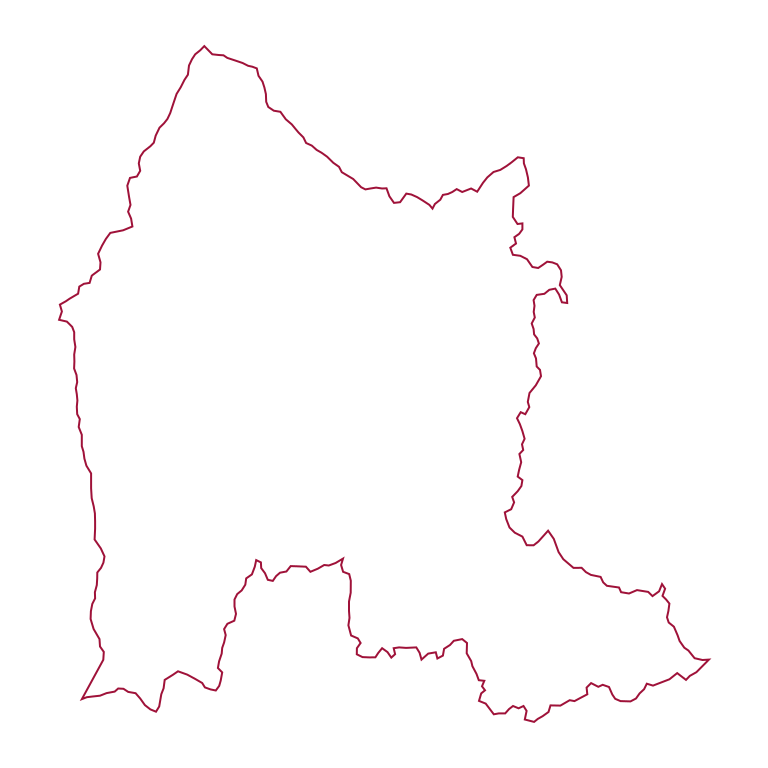 outline of São José dos Pinhais, Paraná, Brazil
{"feature_id": "56859067B24431474585415", "entity_name": "São José dos Pinhais", "entity_type": "district", "adm_level": 2, "iso_a3": "BRA", "parent_name": "Brazil", "parent_adm1": "Paraná", "projection": "natural_earth1", "projection_center": [-49.071, -25.647], "detail": "fine", "context": "isolated", "style": "outline", "palette": "rose", "viewbox_px": 768, "rotation_deg": 0, "n_neighbors": 0, "source": "geoboundaries", "source_scale": "gbopen_adm2", "svg_char_len": 5137}
<svg xmlns="http://www.w3.org/2000/svg" viewBox="0 0 768 768"><path d="M59.1,319.8L66.9,321.6L72.2,326.9L74.2,332.2L74.2,339.3L75.4,347.0L74.2,354.5L74.4,361.4L74.1,368.5L76.5,375.0L77.2,382.1L75.8,388.2L76.8,394.2L77.4,400.5L76.8,406.7L77.2,414.2L79.8,419.1L78.7,427.0L81.8,434.8L81.8,446.2L83.5,451.8L84.4,458.6L86.4,465.7L91.1,473.4L91.1,488.3L91.7,498.2L93.7,506.3L94.9,513.4L95.1,521.4L95.1,528.7L94.6,539.5L100.8,548.4L104.5,556.4L103.4,562.7L101.0,567.9L97.3,572.5L97.2,578.4L96.8,585.1L94.9,592.2L95.1,598.4L92.3,603.9L90.9,611.2L90.6,619.0L93.6,629.0L99.5,639.1L100.0,646.5L103.8,651.9L103.3,659.8L81.9,699.1L86.8,697.2L92.6,696.5L100.0,695.7L106.6,693.1L114.7,691.6L118.2,688.5L123.5,688.8L128.2,691.9L135.6,693.2L140.2,698.5L144.9,705.1L150.4,709.4L156.0,711.7L159.2,706.5L161.3,694.2L163.6,688.3L164.7,679.9L172.9,674.8L178.0,671.3L187.2,674.6L195.3,679.0L202.2,683.0L204.9,687.4L210.5,689.4L215.8,690.5L219.2,685.9L220.7,680.6L222.2,672.4L217.9,668.0L219.1,661.3L221.7,653.6L222.2,647.9L224.1,642.5L225.7,635.1L224.1,629.1L227.4,623.8L234.3,620.7L236.0,613.9L234.5,606.5L234.5,599.5L237.2,594.1L241.7,590.4L245.3,584.7L246.2,578.4L251.9,574.4L254.8,566.7L256.2,560.1L260.9,562.4L261.2,568.1L265.0,573.2L267.8,579.8L272.8,580.9L276.1,576.1L280.0,572.7L286.4,571.5L290.7,566.1L297.1,566.3L305.9,566.7L310.4,571.8L317.8,568.7L324.2,565.0L328.8,565.5L335.6,563.0L343.0,558.6L341.1,565.0L343.1,571.8L349.2,574.1L350.8,580.7L350.7,592.7L349.0,601.5L349.0,611.0L349.5,617.9L348.4,625.3L351.1,635.5L357.8,638.4L360.6,643.0L356.9,648.2L356.8,654.3L362.5,657.1L369.4,657.4L375.4,657.3L378.2,653.0L382.1,648.2L387.5,652.1L391.3,657.6L395.1,654.2L393.7,648.2L399.1,647.4L406.1,647.9L416.3,647.4L419.6,652.8L421.5,659.6L428.2,653.6L435.8,652.3L437.4,658.5L442.9,655.6L444.1,648.8L450.0,645.0L453.8,640.8L462.2,639.1L467.0,643.0L466.7,653.3L471.2,661.1L472.4,666.2L476.5,673.9L478.8,680.2L484.3,680.8L482.0,686.3L485.0,690.3L481.2,693.4L479.0,700.9L485.7,703.6L493.8,714.3L498.8,713.4L505.2,713.4L509.0,709.1L513.0,706.0L518.6,708.3L523.5,706.0L526.6,710.9L524.8,719.5L534.1,721.9L537.8,718.9L542.6,716.2L548.5,712.0L550.5,705.4L560.4,705.6L569.7,700.2L574.5,701.1L579.9,698.2L587.3,694.3L586.6,687.6L591.1,683.1L598.3,686.8L602.7,684.8L609.0,687.0L612.3,694.5L615.2,698.8L620.5,701.1L630.5,701.4L636.0,698.5L639.6,693.4L644.1,689.2L646.8,683.7L653.0,685.6L669.4,679.3L677.2,673.1L686.0,679.9L689.8,675.9L696.4,672.2L708.9,659.6L702.5,660.0L694.6,658.2L688.4,650.5L684.3,647.7L679.6,641.0L677.6,635.3L673.9,626.7L668.7,622.5L667.0,617.3L668.4,611.0L669.4,603.6L666.1,599.5L662.5,595.9L665.1,588.7L662.0,584.1L659.1,591.3L652.5,596.1L648.2,591.9L637.0,590.1L629.0,593.5L621.1,592.2L619.0,587.5L606.9,585.8L603.2,582.4L600.6,576.9L590.9,574.9L585.9,572.1L581.6,567.8L573.5,567.9L563.3,559.2L558.6,552.1L553.8,538.9L548.1,530.7L538.4,541.5L533.6,545.3L526.7,545.2L522.4,536.6L514.8,532.7L509.5,527.5L506.2,519.0L504.8,512.4L511.2,509.2L514.1,502.4L512.2,496.9L517.7,491.2L521.4,486.0L522.4,480.1L517.7,476.6L519.1,469.9L521.2,462.2L519.4,454.0L523.2,450.0L522.0,444.3L524.6,438.8L522.4,431.1L519.9,424.2L517.0,418.2L520.7,412.2L525.3,414.2L529.3,407.1L527.8,401.9L529.5,393.0L535.8,385.3L541.0,376.2L540.0,369.9L536.7,366.5L536.0,358.4L533.9,353.3L535.8,348.2L538.9,343.5L537.2,338.4L534.1,334.4L533.6,329.0L531.7,323.5L534.8,317.5L533.7,311.9L534.5,305.8L533.6,300.1L536.7,294.9L544.4,293.8L549.3,289.8L555.3,288.6L559.1,294.6L561.9,302.3L567.2,303.0L566.7,295.3L559.8,285.1L561.7,276.9L561.0,270.3L557.2,264.3L552.3,262.4L547.2,261.7L543.2,264.6L538.2,268.0L532.4,267.0L527.0,259.2L520.3,255.8L512.9,254.8L510.3,247.7L516.0,243.5L514.4,237.2L519.2,233.8L522.4,229.4L522.4,223.4L517.5,224.0L512.8,216.9L513.1,208.6L513.6,197.1L520.3,193.2L528.9,185.6L527.9,177.4L526.0,169.3L523.9,163.4L523.7,158.2L517.8,157.3L511.5,162.4L506.6,166.0L500.3,169.9L493.5,172.0L487.3,177.4L483.0,182.8L477.2,191.7L471.1,188.5L462.2,192.0L456.7,189.1L452.3,192.0L447.9,194.0L442.9,194.9L440.3,199.7L434.9,204.0L432.5,208.6L429.4,204.9L422.7,200.5L417.1,197.1L411.3,194.5L406.3,193.6L400.1,202.2L394.0,202.9L389.4,196.3L386.5,188.3L382.1,188.5L376.1,187.6L370.4,188.5L365.4,189.4L361.1,187.2L353.2,179.0L341.8,172.2L339.0,166.8L333.3,162.8L327.1,156.7L321.5,152.7L316.6,149.9L311.8,145.6L306.1,143.0L303.4,137.4L298.5,132.5L295.4,128.8L291.8,124.4L285.8,119.3L280.4,111.8L273.8,110.7L268.3,107.0L266.2,101.8L265.9,94.1L264.4,87.5L262.5,81.6L258.5,75.8L256.8,68.4L252.3,66.7L248.1,65.8L242.6,63.0L235.2,60.5L227.3,57.9L223.5,55.3L218.7,55.0L212.3,54.3L204.3,46.1L200.2,50.3L195.2,54.3L192.0,59.2L189.0,65.5L187.9,74.7L184.5,79.8L180.7,87.3L176.6,93.9L174.2,101.0L172.3,106.7L170.2,113.1L167.4,119.0L164.0,123.3L159.5,127.7L155.7,135.6L153.8,142.7L150.4,146.2L143.8,151.4L140.2,156.7L138.8,163.4L140.2,170.8L136.9,176.5L130.0,177.9L127.3,185.7L129.1,197.1L130.5,204.9L128.1,211.7L131.1,218.6L132.4,226.5L123.1,230.3L110.3,232.9L105.9,238.9L102.1,245.5L98.1,253.8L100.5,262.3L100.0,269.5L91.8,275.6L89.6,282.9L83.9,283.8L79.3,286.6L78.1,293.7L74.0,296.1L69.6,298.7L65.8,301.3L59.9,304.6L61.9,311.5L59.1,319.8Z" fill="none" stroke="#9f1239" stroke-width="2"/></svg>